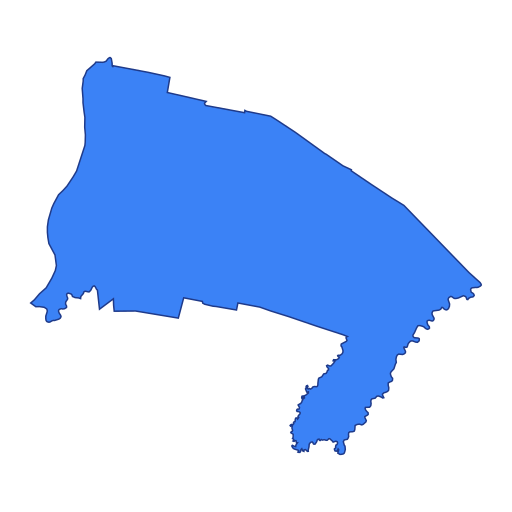 Lavalle, Corrientes, Argentina
{"feature_id": "61730980B29008980854450", "entity_name": "Lavalle", "entity_type": "district", "adm_level": 2, "iso_a3": "ARG", "parent_name": "Argentina", "parent_adm1": "Corrientes", "projection": "mercator", "projection_center": [-58.887, -29.013], "detail": "fine", "context": "isolated", "style": "filled", "palette": "blue", "viewbox_px": 512, "rotation_deg": 0, "n_neighbors": 0, "source": "geoboundaries", "source_scale": "gbopen_adm2", "svg_char_len": 6011}
<svg xmlns="http://www.w3.org/2000/svg" viewBox="0 0 512 512"><path d="M481.3,285.0L481.0,284.0L480.1,282.6L469.0,272.6L403.9,205.4L392.0,198.1L370.2,183.7L351.2,170.8L351.4,169.8L342.9,165.8L326.1,154.2L324.8,153.6L295.3,132.3L275.3,119.1L270.7,116.2L246.5,111.3L244.9,110.4L244.6,112.7L205.7,105.5L204.8,104.4L204.5,103.2L206.2,101.4L167.3,92.5L169.9,77.4L164.5,75.9L148.5,72.4L113.4,65.8L112.9,66.6L112.2,66.0L112.1,63.1L111.3,58.6L110.3,57.6L109.5,57.6L107.9,58.8L106.1,61.2L104.3,62.0L102.8,62.3L95.9,62.1L94.7,63.8L86.8,70.7L85.1,75.0L83.2,78.6L83.2,81.1L82.2,88.4L83.0,98.7L83.0,102.7L84.1,112.0L84.9,117.4L84.7,127.2L85.4,134.9L85.2,142.4L84.9,145.5L76.6,171.0L73.2,176.8L67.0,186.1L62.8,190.7L58.6,194.7L53.8,203.6L51.8,208.1L48.4,219.8L47.4,226.8L47.4,232.4L47.9,237.6L48.9,243.6L55.0,255.0L56.4,265.6L55.3,270.6L51.8,278.2L46.2,287.8L39.5,293.8L34.4,299.8L30.7,303.0L35.8,306.7L39.4,306.6L44.2,307.3L46.7,308.9L47.2,310.3L47.2,311.7L45.8,316.1L45.8,318.8L46.1,320.5L46.8,321.5L47.9,322.0L48.9,322.2L50.0,322.0L52.0,320.8L53.5,320.4L54.5,320.5L58.9,319.1L60.3,318.1L61.0,316.7L60.7,315.4L59.2,313.1L58.6,311.5L58.6,310.3L59.2,309.5L60.5,308.9L61.6,308.7L62.7,309.0L64.6,308.7L66.5,307.5L66.6,306.5L66.4,305.6L65.6,304.3L65.6,302.9L65.8,301.8L67.5,299.3L67.7,298.2L66.9,296.2L66.6,294.7L67.1,293.6L68.2,293.1L70.3,293.7L71.1,294.0L72.0,295.0L72.5,296.5L73.3,296.8L75.1,297.6L78.5,297.9L80.6,298.6L80.8,296.5L83.4,293.5L83.7,292.1L84.9,291.3L85.7,291.3L88.4,291.9L89.3,291.8L90.8,290.2L92.3,287.1L93.2,286.2L94.3,285.9L95.2,286.7L96.6,289.4L97.4,290.0L99.5,309.2L113.4,298.8L113.6,305.1L114.2,311.2L135.5,311.0L178.3,318.1L183.7,297.8L202.4,301.4L202.7,303.1L204.6,304.2L212.9,306.2L216.2,306.5L236.5,310.0L237.9,303.0L259.8,307.1L270.8,311.0L289.3,316.8L316.2,326.0L342.9,334.7L347.4,336.5L346.4,337.0L346.0,337.9L347.0,340.4L346.4,341.3L341.3,344.0L341.0,345.2L341.3,346.4L341.9,346.9L343.0,350.7L342.9,352.2L342.4,353.3L341.9,354.0L340.1,355.3L338.7,355.2L337.7,355.5L338.0,356.5L339.3,357.2L338.7,358.4L337.6,359.2L336.4,359.8L333.6,359.7L333.1,360.8L334.9,361.2L333.6,363.2L331.0,365.9L329.7,366.0L327.6,365.1L326.6,365.7L327.0,366.9L328.5,368.5L328.5,369.9L327.5,370.4L326.9,372.2L326.1,373.4L323.7,373.9L321.8,376.8L318.9,378.1L318.4,379.1L317.9,383.2L317.9,384.6L317.5,386.1L316.8,386.7L314.3,386.5L312.6,387.1L312.0,388.2L310.4,389.1L309.4,388.5L308.2,389.0L307.3,388.3L307.2,387.3L308.0,386.8L307.5,385.5L306.5,385.8L306.1,386.6L306.1,388.0L305.5,388.9L306.6,391.7L307.0,392.3L308.4,391.8L308.4,393.0L305.5,395.3L304.1,395.8L304.5,397.9L303.7,398.6L302.8,398.3L303.2,397.3L303.0,396.0L302.1,396.1L301.7,397.0L301.7,397.9L302.7,399.9L302.0,401.0L301.8,402.0L300.5,403.7L299.7,403.9L298.1,405.0L299.5,407.5L299.2,408.9L298.3,409.2L297.4,409.1L296.8,409.8L296.6,410.8L297.2,411.5L298.2,411.5L299.6,412.0L300.2,412.7L300.1,413.7L298.4,415.6L298.0,416.7L298.7,417.5L297.6,419.1L296.9,417.9L295.7,418.1L295.3,419.2L295.1,421.6L294.2,421.7L293.5,422.6L293.8,423.7L293.1,424.4L291.6,424.4L290.6,424.9L290.1,425.5L290.6,426.2L292.4,425.7L291.9,427.9L292.6,430.4L292.2,431.4L291.2,431.8L290.8,432.7L293.2,434.3L293.1,437.4L292.5,438.6L293.5,439.1L293.9,440.0L293.0,441.0L294.0,441.4L295.1,440.7L296.0,440.7L296.5,442.9L297.4,442.8L296.1,444.7L295.8,445.5L295.7,446.6L294.3,446.3L292.4,445.3L291.8,446.0L292.5,447.4L293.4,448.5L294.6,449.1L298.1,450.2L298.7,450.7L297.9,452.1L298.8,452.4L299.9,452.4L300.7,451.2L300.9,449.6L301.8,448.7L302.7,450.9L303.9,451.4L304.1,449.8L305.5,449.6L307.4,451.4L308.3,451.3L308.2,450.1L309.0,446.8L309.2,444.2L310.0,443.0L311.1,442.1L312.3,442.0L313.0,442.7L313.2,443.6L313.9,444.2L315.1,444.1L316.7,441.7L317.1,440.2L318.0,439.3L319.1,439.1L319.5,440.4L320.3,440.5L321.2,439.5L322.3,440.1L324.2,439.7L326.2,440.3L327.3,440.2L328.8,438.7L329.7,438.7L332.4,441.1L333.1,442.1L335.9,441.2L337.3,441.8L337.6,443.1L337.0,444.6L336.0,445.0L335.6,446.4L335.7,447.8L334.4,448.9L334.5,449.8L335.1,451.0L337.0,451.2L338.1,448.9L338.7,449.7L337.8,453.1L339.9,454.4L340.9,454.4L343.1,454.0L344.1,453.3L344.7,451.9L345.3,449.5L345.0,446.1L344.3,445.3L343.3,441.7L344.3,439.9L347.3,439.3L348.1,438.1L348.7,436.5L348.5,434.6L348.7,432.7L349.7,431.9L352.8,431.7L354.3,431.1L354.8,429.6L355.1,425.5L357.0,424.5L359.3,424.1L361.8,424.9L363.2,424.3L365.9,421.9L366.3,420.6L364.9,417.7L364.8,416.6L367.6,415.0L368.2,414.3L368.1,412.7L366.9,411.6L365.6,410.0L365.1,408.3L365.4,407.4L369.6,407.2L370.8,405.7L371.1,403.6L370.8,401.2L371.1,399.8L372.0,398.8L375.1,398.2L376.9,396.2L378.6,396.0L381.3,397.1L382.7,398.0L383.8,397.7L382.7,395.4L382.4,394.2L383.9,392.8L385.7,392.3L387.6,391.4L388.6,390.2L388.8,387.8L388.2,385.2L388.2,383.0L389.8,382.0L391.7,381.3L392.5,380.2L392.6,378.3L391.4,376.9L390.6,374.8L390.4,373.2L391.1,371.8L393.9,368.8L395.4,364.1L396.3,362.5L395.9,359.3L396.5,356.5L397.4,354.9L398.7,354.1L402.6,354.5L404.1,353.9L405.4,352.8L405.5,351.4L404.1,348.5L403.8,347.2L404.7,346.9L405.5,347.4L406.4,347.3L407.2,346.9L408.0,344.2L408.5,343.2L410.4,341.2L411.8,340.9L412.8,341.0L415.7,342.1L417.5,342.3L419.1,340.9L419.3,339.8L419.2,338.6L418.5,338.2L417.7,338.0L414.3,337.7L413.2,336.7L412.9,335.9L413.1,334.8L414.5,332.6L416.6,327.9L417.9,325.8L418.9,325.6L420.1,325.6L422.6,326.3L423.9,326.9L425.5,328.4L426.6,329.0L427.7,329.3L428.8,328.8L429.5,328.1L429.3,326.7L427.7,324.7L427.0,322.2L427.1,321.1L427.9,320.5L429.2,320.2L432.0,321.0L432.8,320.9L433.6,320.1L434.1,319.0L434.0,318.1L432.2,314.7L432.0,313.1L432.6,311.5L433.3,310.9L439.0,310.1L440.7,309.2L441.8,307.4L442.7,307.5L444.1,309.0L445.4,309.7L446.6,309.9L447.3,309.6L448.4,308.7L449.4,306.4L449.6,304.0L448.1,299.6L448.3,298.6L448.9,297.5L450.8,296.4L451.8,296.7L454.2,298.4L455.8,298.5L458.3,298.0L463.4,295.7L465.5,296.5L466.1,297.3L466.9,299.4L467.8,299.6L468.6,298.4L470.7,297.2L472.4,297.0L473.4,296.6L474.2,295.4L473.8,294.2L473.0,293.3L471.2,292.2L470.6,289.7L471.0,288.5L472.1,287.8L475.8,287.4L476.9,287.5L478.3,287.2L480.5,286.0L481.3,285.0Z" fill="#3b82f6" stroke="#1e3a8a" stroke-width="1.5"/></svg>